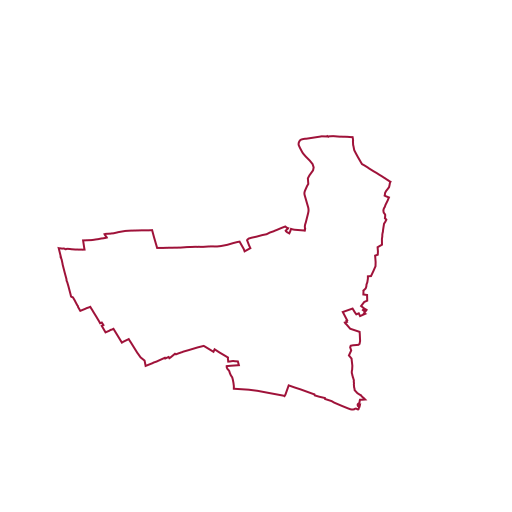 outline of Dorohoi, Botosani, Romania, rotated 213°
{"feature_id": "2599482B4941820035294", "entity_name": "Dorohoi", "entity_type": "district", "adm_level": 2, "iso_a3": "ROU", "parent_name": "Romania", "parent_adm1": "Botosani", "projection": "natural_earth1", "projection_center": [26.424, 47.967], "detail": "fine", "context": "isolated", "style": "outline", "palette": "rose", "viewbox_px": 512, "rotation_deg": 213, "n_neighbors": 0, "source": "geoboundaries", "source_scale": "gbopen_adm2", "svg_char_len": 6052}
<svg xmlns="http://www.w3.org/2000/svg" viewBox="0 0 512 512"><g transform="rotate(213 256 256)"><path d="M278.6,381.2L280.4,379.5L281.3,378.5L281.7,377.9L282.0,377.2L282.0,376.8L282.1,376.0L282.0,375.2L281.9,374.5L281.6,373.8L281.3,373.1L280.8,372.5L280.2,372.0L278.0,370.6L274.2,368.5L273.0,367.9L271.6,367.4L268.5,366.5L262.9,365.3L258.6,363.9L255.9,361.7L254.8,358.9L255.1,352.7L254.8,349.4L251.4,344.9L251.3,342.6L250.5,337.5L250.3,336.7L250.0,335.8L249.6,335.0L249.0,334.2L248.3,333.5L238.5,325.0L237.6,324.0L236.8,322.9L236.2,321.8L235.5,320.0L232.6,311.5L231.9,309.0L231.3,307.7L230.9,307.0L230.3,306.3L229.8,305.9L229.8,305.5L229.7,305.2L229.4,305.1L229.0,304.2L228.9,303.8L229.7,303.5L238.2,298.9L240.0,298.2L241.4,297.8L241.1,296.7L240.7,295.2L240.4,293.1L241.4,293.0L242.0,293.0L242.5,292.9L243.0,292.9L244.4,293.1L244.9,293.4L244.6,294.7L244.2,296.2L244.2,296.8L244.6,296.7L245.8,296.5L247.5,296.7L249.5,294.0L251.4,291.2L252.8,289.1L253.7,287.9L254.7,286.3L257.1,283.3L257.8,282.1L258.4,281.0L258.8,280.4L258.9,280.1L262.1,277.0L266.1,272.5L269.6,269.0L271.6,266.7L272.1,265.1L272.1,264.4L267.7,261.2L265.0,259.5L268.1,253.7L270.1,255.2L277.6,259.1L279.4,257.4L281.9,254.7L286.2,249.7L291.0,245.1L293.7,242.9L296.5,241.1L297.7,240.4L300.9,238.2L305.0,235.1L307.7,233.3L309.0,232.6L310.0,231.8L311.6,230.9L314.5,228.8L318.6,226.0L323.8,222.0L330.8,217.3L335.6,214.1L337.1,213.0L343.3,208.9L352.1,216.5L357.2,221.1L360.5,218.7L365.8,215.3L369.1,213.0L375.1,208.9L379.3,205.8L384.7,200.8L385.1,200.3L388.0,197.3L389.5,196.2L390.1,195.6L393.7,193.0L394.3,192.5L394.9,191.8L393.8,191.2L391.7,190.5L391.2,190.2L392.0,189.3L393.9,187.5L395.2,186.5L397.5,184.2L399.4,182.6L400.9,181.2L402.7,179.7L409.5,174.9L404.8,169.6L403.3,168.0L404.7,167.0L406.0,166.2L411.1,163.0L414.4,161.2L415.7,160.6L417.8,159.5L418.6,158.9L419.0,158.3L419.4,157.9L419.8,157.8L420.3,157.9L420.7,157.8L421.3,157.6L422.6,156.6L424.4,155.8L425.4,155.2L425.7,155.1L424.0,153.5L417.7,147.6L417.4,147.5L417.5,147.5L417.2,147.3L414.9,145.0L413.9,144.0L413.6,143.6L407.3,137.8L402.4,133.4L401.4,132.1L401.2,132.0L399.9,131.1L397.0,128.6L390.4,122.6L389.3,121.5L389.1,121.4L388.6,121.2L387.3,121.6L386.8,121.5L383.8,120.0L381.9,118.9L379.0,117.3L378.1,117.0L377.3,116.2L375.6,115.4L374.0,114.5L373.5,114.3L370.5,118.6L369.6,120.1L367.9,122.2L367.3,123.1L365.7,122.3L364.1,121.6L361.9,120.5L356.6,118.0L355.0,117.2L352.1,115.8L350.1,114.7L349.1,116.2L346.4,115.0L347.3,113.4L340.6,110.0L338.4,113.3L337.6,115.0L336.9,115.6L335.9,117.3L329.4,114.2L321.3,110.3L320.6,111.8L317.5,117.0L316.3,116.4L313.8,115.3L302.7,110.1L301.8,109.8L298.1,108.3L297.5,108.1L292.5,107.6L291.9,107.0L288.7,103.7L284.6,109.5L284.3,109.9L284.3,110.0L284.2,110.2L283.9,110.8L281.9,113.3L280.6,115.4L277.0,121.0L276.3,120.6L274.3,123.7L273.0,123.1L272.4,124.5L270.7,129.9L269.6,129.9L267.8,132.4L266.8,133.6L266.5,134.1L265.6,135.1L264.9,136.2L261.9,139.6L261.2,140.4L255.2,147.5L250.9,152.1L249.8,152.2L239.5,152.5L239.9,155.2L234.0,155.2L227.1,155.5L224.2,155.6L223.4,154.2L222.8,153.6L221.8,152.3L220.8,153.0L218.5,155.1L217.8,155.6L217.1,155.9L216.5,156.2L216.1,156.4L213.8,157.7L210.9,155.1L216.1,151.2L217.4,150.2L220.6,147.7L220.3,147.2L219.8,146.6L219.2,146.2L218.3,145.7L216.7,145.3L215.9,145.0L215.5,144.7L214.2,143.6L212.4,142.4L210.9,141.7L209.9,141.3L208.1,139.7L205.8,137.3L203.7,134.8L202.3,132.6L189.3,139.9L181.2,143.8L171.2,147.9L157.2,153.7L156.3,154.0L155.8,154.0L155.8,155.6L158.1,165.3L151.9,166.8L146.0,168.4L132.6,171.5L131.7,171.8L130.8,171.1L126.4,172.4L120.9,174.4L120.7,174.1L120.2,173.7L113.5,175.5L110.7,175.6L102.6,177.0L95.9,178.3L93.3,178.9L91.9,179.5L90.3,180.7L90.2,181.1L89.8,181.7L89.2,182.4L89.0,182.5L88.6,182.6L87.3,182.7L86.9,182.9L86.7,183.0L86.6,183.3L86.6,183.5L87.1,185.0L87.0,185.6L87.4,186.9L87.7,187.6L87.8,187.4L87.8,186.9L88.2,186.1L88.5,185.8L88.6,185.7L88.8,185.7L89.1,185.9L89.5,186.3L89.8,186.7L89.9,187.1L89.8,187.8L89.3,189.0L89.4,189.4L90.3,191.4L90.5,192.1L88.8,193.2L86.3,195.1L88.6,195.6L89.2,195.6L90.9,195.9L91.6,196.1L92.3,196.4L93.2,196.2L96.3,196.2L100.2,197.2L100.8,198.0L101.6,198.8L102.4,199.5L103.0,200.4L103.8,201.3L104.6,202.8L105.5,203.7L105.8,204.4L106.1,204.8L106.3,205.1L106.6,205.4L107.5,206.1L108.1,206.7L108.8,207.1L109.1,207.5L110.3,208.5L110.9,209.2L111.5,209.6L112.4,210.7L113.0,211.8L113.5,213.1L115.4,216.4L120.0,222.0L123.9,223.2L124.7,228.6L127.3,230.7L127.7,232.3L126.2,233.8L121.7,237.3L121.3,238.7L122.4,241.4L126.7,247.4L127.8,248.8L137.4,246.3L143.2,248.0L144.2,248.1L145.2,248.6L143.8,250.3L144.9,251.0L144.5,251.7L152.7,256.3L146.4,264.5L142.2,262.5L140.1,261.7L138.6,263.9L136.0,262.3L133.0,266.9L134.2,266.8L133.9,271.0L134.8,271.0L135.0,268.7L136.9,268.9L136.6,270.9L140.6,271.3L140.2,276.4L138.4,279.1L141.6,283.8L145.0,282.2L146.8,285.2L147.1,285.5L146.8,286.6L146.4,288.3L146.5,289.2L147.0,290.8L147.7,292.0L148.0,293.1L148.3,294.5L149.8,297.9L151.1,299.9L148.6,301.8L149.3,307.0L150.2,312.5L152.4,316.1L156.3,321.2L154.6,323.4L156.2,326.2L158.8,329.6L156.5,334.1L159.7,338.9L160.7,341.1L161.7,342.7L162.4,344.3L162.7,345.3L163.6,347.0L166.2,352.8L166.2,354.7L166.2,355.6L166.4,356.3L166.4,357.2L166.5,357.5L167.3,357.7L168.4,357.8L168.6,358.1L168.7,358.3L168.8,358.8L168.9,359.1L169.3,359.5L169.9,360.7L170.1,360.9L170.5,361.2L172.4,361.9L173.0,362.4L174.0,363.6L174.1,364.1L174.4,364.5L174.7,366.1L174.7,367.3L175.2,369.2L175.5,371.5L175.5,371.9L175.7,373.2L175.8,374.4L176.0,375.1L176.4,377.5L179.9,376.8L181.0,376.7L181.3,377.6L182.1,379.2L182.2,380.3L182.3,381.5L182.1,383.2L181.9,386.2L182.7,388.4L183.4,390.0L183.7,391.5L184.1,391.4L194.5,391.4L196.4,391.3L200.1,391.3L203.4,391.1L208.8,391.0L210.7,391.1L214.7,391.0L217.1,390.8L218.2,391.3L224.5,394.5L228.0,396.4L231.0,398.1L231.4,398.4L234.2,401.3L235.0,402.0L237.3,405.2L237.3,405.4L237.4,405.6L237.8,406.1L238.4,406.9L239.7,408.3L241.7,407.1L244.5,405.6L251.1,401.5L256.5,398.6L260.1,396.0L260.4,395.3L261.6,395.4L261.9,394.7L266.2,392.1L267.2,391.1L277.3,382.1L278.1,381.4L278.6,381.2Z" fill="none" stroke="#9f1239" stroke-width="2"/></g></svg>